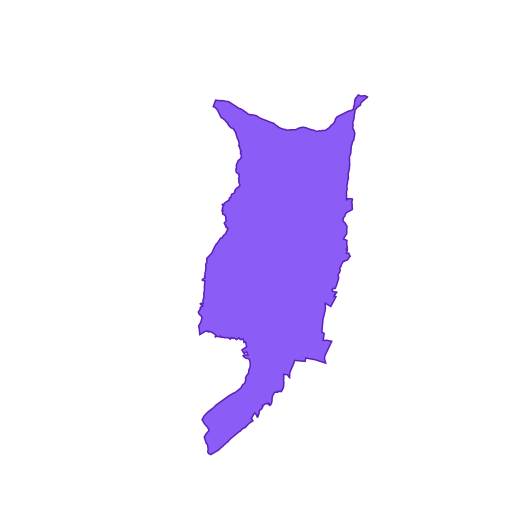 the district of Miercurea Ciuc, Harghita, Romania, rotated 121°
{"feature_id": "2599482B30524546463793", "entity_name": "Miercurea Ciuc", "entity_type": "district", "adm_level": 2, "iso_a3": "ROU", "parent_name": "Romania", "parent_adm1": "Harghita", "projection": "equal_earth", "projection_center": [25.758, 46.338], "detail": "fine", "context": "isolated", "style": "filled", "palette": "violet", "viewbox_px": 512, "rotation_deg": 121, "n_neighbors": 0, "source": "geoboundaries", "source_scale": "gbopen_adm2", "svg_char_len": 6114}
<svg xmlns="http://www.w3.org/2000/svg" viewBox="0 0 512 512"><g transform="rotate(121 256 256)"><path d="M150.0,369.6L149.7,367.4L150.8,364.0L155.3,357.2L155.2,354.4L155.5,353.8L155.6,352.0L156.1,351.5L156.2,350.7L156.6,350.0L156.4,349.0L157.2,348.4L157.2,347.8L158.1,346.7L158.1,346.2L158.4,345.9L159.0,343.5L158.5,340.5L159.3,340.0L159.7,338.3L160.3,337.9L160.7,337.1L160.7,336.5L161.6,336.2L161.7,335.6L162.9,334.8L163.7,333.4L164.8,332.8L165.3,331.3L166.1,330.7L166.9,329.5L168.8,328.0L170.3,327.6L170.1,327.1L170.6,326.9L171.2,326.3L171.3,325.9L172.2,325.2L172.4,324.6L173.3,324.0L173.3,323.2L174.3,322.6L174.8,322.9L175.4,322.2L176.1,322.2L176.3,321.6L177.4,320.4L178.7,319.6L178.8,319.2L179.9,319.6L181.9,319.5L182.1,320.0L183.6,320.4L188.1,319.7L190.6,318.1L192.1,317.9L194.1,316.4L194.5,315.7L194.6,315.1L194.4,314.3L194.7,313.9L194.4,313.0L194.5,312.7L196.1,312.0L196.4,311.3L197.2,310.9L198.6,310.9L199.9,309.4L201.2,309.1L203.5,306.2L206.6,306.6L206.9,307.1L208.0,307.6L210.1,307.8L211.7,307.6L212.4,307.1L213.7,307.2L215.7,308.8L218.3,307.8L220.0,308.7L221.2,308.2L221.5,307.7L226.1,310.0L227.4,310.3L228.6,310.1L228.8,311.3L229.3,311.5L229.6,310.9L229.1,310.5L229.5,309.8L231.8,309.6L232.5,309.0L232.9,309.1L234.6,308.5L234.1,307.9L234.9,307.9L235.5,307.4L235.5,307.1L236.6,306.7L237.1,306.2L237.4,305.7L236.9,304.3L237.4,303.7L237.5,302.7L237.9,302.1L239.6,301.2L241.1,299.6L244.2,300.2L245.2,298.8L245.4,297.0L246.4,297.2L246.7,296.8L246.9,295.9L246.6,295.1L246.7,294.4L247.4,294.2L252.6,293.5L255.1,294.4L257.8,294.4L259.0,295.6L264.2,295.7L266.2,296.2L269.0,296.2L276.4,295.4L283.4,297.0L286.9,294.7L287.8,295.0L289.1,294.8L291.5,293.1L295.4,291.3L296.6,291.1L298.2,290.1L300.1,289.6L300.6,288.4L303.7,289.9L304.2,289.7L304.5,289.2L303.5,287.1L309.5,284.1L311.7,282.6L314.6,281.7L317.8,279.6L321.6,278.5L324.0,276.9L324.7,278.5L325.5,279.2L325.8,278.9L326.1,277.5L325.7,276.2L326.3,275.8L327.2,276.6L328.6,277.2L329.2,277.2L329.5,276.4L333.8,276.6L335.2,274.6L335.6,272.3L336.4,270.9L336.9,270.5L341.3,269.2L345.4,269.2L347.7,267.1L352.3,263.7L346.8,260.7L345.1,258.6L345.7,257.8L344.7,256.9L344.6,256.1L344.1,255.3L344.2,251.7L344.8,249.3L346.0,249.5L346.3,249.1L345.4,248.6L344.8,247.7L344.4,246.1L342.9,245.2L343.6,244.3L343.4,244.1L343.4,243.3L342.6,242.5L342.2,240.8L341.3,239.3L340.8,238.8L340.4,236.6L340.6,235.3L339.4,235.4L339.3,234.8L338.4,234.6L338.4,233.0L337.7,232.8L337.7,232.1L337.4,231.5L337.7,229.7L337.1,229.2L336.1,229.1L335.3,228.4L334.9,228.4L335.6,226.9L335.5,225.9L333.7,224.4L336.3,221.7L335.1,220.7L338.6,217.3L343.8,219.7L345.8,216.0L343.0,214.8L344.9,211.9L346.7,214.7L348.2,215.7L348.8,213.8L348.8,212.3L348.0,209.4L348.0,208.6L349.9,206.5L352.8,204.5L354.6,203.8L357.0,203.5L360.3,202.1L363.7,202.5L366.0,202.1L367.9,200.9L370.4,200.2L371.3,200.2L373.0,201.1L377.0,201.0L383.7,203.5L385.3,204.8L390.2,207.4L404.4,213.5L408.0,214.3L414.2,216.8L417.6,217.6L419.7,218.1L424.1,217.9L426.4,213.6L427.6,209.7L428.6,207.9L429.8,206.4L434.2,207.2L437.9,207.1L441.8,202.6L442.3,202.0L442.2,201.2L442.7,200.5L445.5,198.0L449.1,196.2L449.8,194.3L449.4,192.8L449.5,192.4L441.7,188.2L430.5,184.9L429.5,184.3L428.2,184.3L425.8,183.7L416.0,180.3L414.1,179.3L411.5,178.8L408.3,176.8L404.3,176.1L401.8,175.2L398.9,173.7L398.0,175.1L398.0,176.3L392.7,176.4L391.2,176.1L391.7,174.5L393.0,172.5L392.5,172.6L392.5,172.2L391.2,172.5L391.1,172.2L393.2,171.9L393.1,171.6L390.2,172.1L386.6,173.4L384.4,172.4L381.3,172.6L381.0,173.4L378.0,171.8L375.9,169.7L376.8,169.0L376.0,168.6L377.0,167.4L375.9,166.8L374.1,166.9L371.4,167.9L370.0,168.8L367.2,169.8L363.5,169.8L363.0,169.7L361.6,167.2L360.8,167.6L359.1,164.4L357.5,164.8L357.3,164.4L353.5,165.1L352.0,166.1L350.3,166.7L348.6,168.3L346.8,169.0L343.3,171.3L341.5,167.8L342.7,165.6L342.9,164.6L339.3,166.6L337.7,167.1L328.3,168.4L325.6,169.2L321.0,159.6L317.8,160.8L314.4,151.7L311.9,141.1L309.2,144.0L306.6,145.5L290.1,147.1L291.8,151.9L293.8,154.9L287.3,157.7L287.3,160.2L286.2,160.9L275.9,165.9L265.8,169.1L260.9,172.3L260.7,165.9L249.6,166.5L249.8,167.5L250.4,168.4L248.5,168.9L248.3,168.3L245.4,168.2L246.3,170.2L246.6,171.9L246.4,172.5L245.7,173.6L243.9,173.1L243.9,172.5L243.3,171.6L243.0,171.4L239.7,171.9L232.5,173.7L230.9,174.9L230.6,175.6L228.1,176.1L227.0,175.9L224.8,176.4L224.1,177.1L223.8,177.8L223.1,178.0L222.0,178.1L221.8,177.8L221.1,177.7L219.7,178.3L216.3,178.4L214.9,177.9L214.8,177.3L213.7,176.9L213.0,176.0L211.6,175.4L209.3,175.5L207.8,175.0L205.8,178.0L206.4,178.5L206.7,179.2L207.0,179.9L204.3,180.5L203.8,180.8L204.4,180.9L203.9,182.0L201.3,182.3L199.6,184.0L196.6,185.8L195.8,186.0L196.3,189.8L191.7,189.8L190.7,189.6L188.5,190.5L188.3,190.9L183.9,193.2L183.3,193.7L182.7,195.5L182.0,196.1L181.1,199.5L179.0,200.5L177.0,200.6L176.1,200.3L175.0,200.8L172.3,200.8L166.6,197.4L165.9,197.7L163.3,199.6L162.5,199.9L160.6,201.6L157.7,202.5L157.5,202.9L158.2,204.2L158.3,204.8L159.9,207.2L160.6,207.0L161.2,207.3L154.0,211.7L152.1,212.1L148.6,214.6L147.1,214.9L144.5,216.1L141.7,216.8L138.0,219.4L135.6,220.0L132.6,221.1L131.7,221.8L130.3,222.2L122.9,227.0L119.5,227.5L112.7,230.9L111.3,231.1L108.5,232.1L106.4,231.9L100.0,234.4L97.2,237.6L97.2,238.7L93.7,240.2L92.5,241.5L87.4,242.9L84.5,244.5L83.1,244.8L79.8,246.3L76.4,245.8L72.9,244.2L70.8,245.0L64.5,243.1L63.1,242.4L62.2,242.4L62.5,245.2L63.8,247.1L64.7,248.0L65.0,248.9L65.0,250.3L65.5,251.4L68.1,251.5L69.1,251.9L70.9,251.7L73.5,250.7L75.4,249.6L77.1,249.4L78.7,248.8L79.5,248.1L82.2,249.2L83.6,250.9L85.0,251.9L94.8,258.1L97.5,258.5L100.2,257.7L103.4,258.0L103.8,258.4L104.7,258.5L105.1,258.8L109.1,259.5L109.4,259.9L110.9,260.4L112.7,261.4L114.6,264.2L115.6,264.9L116.3,266.5L118.0,268.2L118.2,268.5L118.2,270.6L119.1,273.0L119.3,273.0L119.2,273.9L119.9,276.2L120.3,279.3L121.6,282.4L124.3,285.2L127.2,286.9L129.9,291.2L132.1,294.1L132.4,295.3L132.3,295.7L133.0,297.1L133.8,300.7L134.0,303.2L133.6,304.1L133.8,305.5L133.1,309.7L133.5,310.4L135.8,324.0L135.5,327.5L136.0,329.6L138.4,335.2L137.7,342.4L137.7,344.4L138.2,346.5L137.8,358.9L138.7,361.0L140.1,364.9L141.4,366.8L143.2,370.9L150.0,369.6Z" fill="#8b5cf6" stroke="#5b21b6" stroke-width="1.5"/></g></svg>